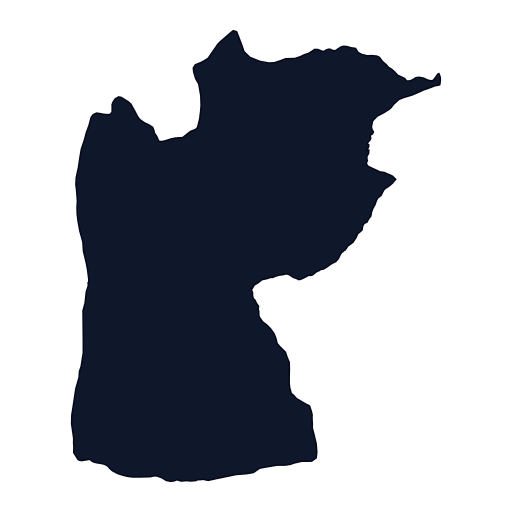 outline of Mafinga Township Authority, Iringa, United Republic of Tanzania
{"feature_id": "72390352B55502751216619", "entity_name": "Mafinga Township Authority", "entity_type": "district", "adm_level": 2, "iso_a3": "TZA", "parent_name": "United Republic of Tanzania", "parent_adm1": "Iringa", "projection": "robinson", "projection_center": [35.272, -8.362], "detail": "fine", "context": "isolated", "style": "filled", "palette": "ink", "viewbox_px": 512, "rotation_deg": 0, "n_neighbors": 0, "source": "geoboundaries", "source_scale": "gbopen_adm2", "svg_char_len": 5061}
<svg xmlns="http://www.w3.org/2000/svg" viewBox="0 0 512 512"><path d="M262.2,61.8L259.6,61.3L249.8,57.3L243.9,51.5L241.8,45.2L238.8,37.3L236.6,31.7L235.9,31.5L233.2,30.7L228.5,34.6L226.0,36.8L222.1,40.2L221.6,40.6L220.2,41.8L218.3,43.8L217.5,44.7L215.9,47.1L214.1,49.7L211.9,52.8L210.9,54.3L208.1,58.3L204.5,60.6L201.2,62.4L198.0,63.7L195.3,64.8L193.3,68.0L193.7,71.7L193.7,71.9L195.7,78.6L198.5,83.5L198.8,84.1L200.4,93.5L200.8,95.9L201.1,105.6L200.6,111.6L199.7,118.8L197.6,127.4L196.0,129.0L195.8,129.2L195.5,129.5L190.7,131.3L190.2,131.6L186.6,134.5L182.6,137.6L178.6,137.8L175.1,138.1L170.8,139.0L167.2,140.2L166.9,140.3L165.3,140.8L161.6,141.6L159.5,141.3L159.3,141.3L158.8,141.3L156.7,136.4L154.2,132.7L154.0,130.9L152.7,127.4L149.1,125.0L144.4,122.8L139.5,119.3L137.3,116.1L135.9,113.4L134.7,111.0L132.6,107.3L131.0,104.3L128.4,101.9L124.4,99.4L121.2,97.4L118.6,96.9L115.2,98.9L113.4,101.5L112.1,104.4L112.2,107.7L112.1,112.2L110.0,114.5L107.5,114.6L107.4,114.6L107.0,114.6L103.5,114.3L100.0,113.6L96.5,113.1L93.2,114.7L91.2,117.3L90.2,121.0L89.0,125.5L86.4,132.6L84.5,139.8L81.3,149.3L80.1,156.4L78.5,167.2L76.2,177.8L75.9,184.7L76.5,189.3L76.8,193.1L77.4,201.1L77.0,207.4L77.2,214.4L77.9,219.9L78.3,222.5L78.9,225.8L79.9,231.3L82.0,238.8L82.9,242.2L83.5,251.4L84.9,257.1L86.4,263.5L87.6,269.9L88.8,279.5L88.7,282.8L88.1,282.8L88.3,285.7L86.3,291.9L86.2,292.8L85.1,303.0L83.0,310.8L83.3,340.3L83.3,347.9L83.3,353.0L81.1,366.7L79.5,371.3L79.1,377.2L75.8,388.9L73.0,407.6L72.0,413.9L71.8,415.3L71.6,423.8L72.5,430.0L73.7,438.5L73.6,442.9L73.9,447.1L73.7,452.6L76.6,457.2L77.6,458.8L78.0,459.4L79.0,460.1L81.6,460.6L86.1,459.9L90.0,459.3L91.6,460.9L93.7,462.0L96.4,462.7L101.3,463.5L104.4,464.2L107.5,465.8L110.0,468.6L112.5,470.8L117.9,473.6L122.6,475.1L126.1,476.0L127.2,476.3L132.6,477.0L139.4,477.0L146.9,476.8L150.3,476.7L153.7,475.9L156.7,475.9L162.1,477.8L166.1,480.4L167.4,480.7L170.6,481.3L174.1,480.9L176.5,479.9L176.8,479.7L177.0,479.8L181.4,481.1L183.8,480.8L187.2,480.6L190.3,481.0L195.6,480.6L197.7,479.7L200.9,479.6L203.1,479.3L208.2,480.4L215.9,478.7L224.1,477.0L236.1,474.5L246.5,473.7L251.8,472.8L253.4,472.5L259.6,468.2L265.3,467.1L277.3,465.1L285.1,465.1L289.2,464.5L290.2,464.4L294.1,463.0L301.4,461.3L309.8,461.2L311.7,461.1L316.2,457.9L316.3,456.8L316.8,452.1L316.5,448.0L316.2,443.9L315.1,439.3L313.9,434.2L312.3,428.2L312.3,423.3L312.0,418.1L312.1,414.7L311.2,411.0L309.5,405.9L305.1,403.7L300.3,400.8L296.5,398.6L293.5,395.2L291.3,393.5L289.7,387.8L289.2,383.2L289.2,376.4L289.4,368.6L289.3,365.6L289.2,362.1L288.6,360.9L287.1,357.3L286.8,356.5L285.4,352.2L282.4,349.2L280.1,346.9L279.8,346.7L277.0,343.3L276.4,340.4L275.9,338.5L274.2,333.9L270.6,328.9L266.7,324.9L262.8,322.0L260.6,319.0L259.4,317.1L258.8,315.5L258.8,314.3L258.8,311.7L258.2,308.8L258.6,306.3L256.2,302.9L255.1,300.3L253.3,298.6L252.5,295.4L252.6,293.1L251.8,290.7L251.0,288.3L251.0,288.2L252.3,288.5L254.1,285.1L258.0,282.8L261.9,279.7L267.0,278.6L270.1,277.5L272.9,277.4L275.4,276.2L279.3,275.1L282.8,274.7L285.9,273.9L288.3,274.2L290.9,275.7L293.3,277.4L295.6,278.1L297.2,278.8L298.7,279.6L300.3,279.4L302.9,278.3L305.3,277.1L307.4,275.9L308.9,275.3L310.9,275.4L312.6,274.9L316.6,271.6L319.2,270.6L320.6,269.5L323.5,269.0L326.9,267.0L330.2,264.5L330.3,264.4L333.8,262.5L335.7,261.6L338.3,258.7L339.7,255.6L340.8,253.7L341.7,252.4L343.0,251.6L344.0,250.5L345.1,250.0L346.4,248.2L347.8,246.0L350.4,244.2L352.8,242.4L354.6,239.8L356.3,237.0L356.9,235.5L357.7,233.7L360.3,231.6L361.7,230.3L362.0,230.0L362.8,225.5L364.3,223.3L366.9,222.2L368.9,218.4L370.8,216.1L371.5,212.0L373.0,208.1L374.9,204.8L376.1,201.3L377.6,198.1L380.9,195.6L382.1,193.3L383.5,190.4L385.3,188.4L388.3,186.6L392.4,183.2L392.9,182.6L395.7,179.3L395.5,179.1L392.4,176.1L384.2,172.5L380.2,171.9L380.1,172.0L376.6,170.3L371.2,167.8L367.9,166.2L366.5,164.1L366.5,162.4L367.4,160.8L366.9,158.9L366.9,156.4L368.6,153.4L368.8,150.1L366.7,150.3L367.2,149.6L367.9,148.3L368.6,146.9L368.7,144.6L367.5,144.3L367.4,143.1L368.4,141.7L369.7,140.4L370.7,138.6L370.4,136.6L370.7,134.8L372.5,133.9L373.4,132.0L371.9,129.2L371.4,126.9L372.0,123.9L372.5,121.5L372.4,121.3L372.3,121.2L377.1,116.2L383.9,112.6L388.6,109.7L391.1,107.6L393.5,104.4L398.8,99.5L403.4,97.6L412.1,95.0L417.0,92.9L421.5,90.9L423.8,89.8L426.9,88.8L431.0,87.3L434.8,85.8L438.4,85.2L439.8,84.7L440.4,80.4L440.3,77.7L439.8,75.8L438.9,73.6L437.7,74.2L435.8,77.0L434.1,79.2L432.7,80.7L430.4,80.7L427.2,79.9L423.9,78.2L419.4,77.3L416.0,77.6L413.9,79.0L410.5,80.8L406.7,81.1L404.7,78.5L401.6,77.0L397.6,75.2L394.2,71.5L391.2,68.9L388.6,67.5L386.2,64.7L382.4,61.4L379.5,57.4L376.8,56.1L371.9,55.6L367.0,55.8L366.9,55.7L361.8,54.5L358.1,52.5L355.5,48.4L351.2,47.8L346.6,46.5L343.3,46.3L340.9,47.0L338.3,48.7L335.5,50.7L332.7,50.5L330.2,49.3L328.5,49.2L326.2,50.0L324.2,51.4L322.0,51.2L319.1,50.0L317.7,49.5L314.7,49.4L311.9,51.3L310.9,51.9L308.9,53.2L308.5,53.4L304.2,54.8L300.5,56.6L294.9,58.5L290.7,58.6L285.5,58.8L280.0,60.9L274.4,62.7L273.6,62.8L269.2,63.0L268.9,63.0L262.2,61.8Z" fill="#0f172a" stroke="#020617" stroke-width="1.5"/></svg>